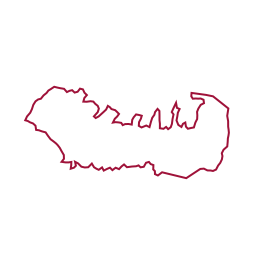 outline of Witmarsum, Santa Catarina, Brazil, rotated 198°
{"feature_id": "56859067B40802108519146", "entity_name": "Witmarsum", "entity_type": "district", "adm_level": 2, "iso_a3": "BRA", "parent_name": "Brazil", "parent_adm1": "Santa Catarina", "projection": "natural_earth1", "projection_center": [-49.836, -26.943], "detail": "fine", "context": "isolated", "style": "outline", "palette": "rose", "viewbox_px": 256, "rotation_deg": 198, "n_neighbors": 0, "source": "geoboundaries", "source_scale": "gbopen_adm2", "svg_char_len": 2419}
<svg xmlns="http://www.w3.org/2000/svg" viewBox="0 0 256 256"><g transform="rotate(198 128 128)"><path d="M228.1,103.6L225.5,103.7L222.8,103.1L219.8,103.0L216.7,101.6L214.8,97.8L212.1,98.3L208.7,98.2L205.0,98.4L201.8,95.9L198.2,93.4L194.6,92.2L191.7,91.1L189.6,90.0L186.7,88.0L184.1,85.5L180.7,82.5L179.4,78.9L180.7,75.3L176.7,76.0L173.9,76.9L171.4,78.2L170.5,75.0L169.9,71.6L167.1,73.6L165.9,76.0L167.9,79.5L164.5,78.9L160.4,76.8L156.9,77.1L153.7,78.4L151.4,83.0L148.2,80.2L145.4,79.5L142.9,79.2L140.5,82.5L137.9,80.0L135.3,82.6L132.9,84.7L129.8,83.1L127.5,86.4L123.8,86.1L122.3,89.4L120.5,92.1L116.9,90.4L112.3,92.6L108.5,94.1L106.4,95.7L103.9,94.5L101.0,96.0L100.1,100.5L97.6,102.2L95.3,100.7L92.4,100.6L91.2,96.4L89.1,95.3L88.1,92.5L84.9,92.1L81.9,96.4L57.1,98.3L46.6,111.4L43.3,112.8L39.4,112.2L36.3,113.1L33.9,113.4L31.4,115.7L30.7,120.1L29.5,123.3L29.0,127.2L29.5,130.5L31.0,133.0L30.4,136.9L27.9,141.1L28.9,145.6L29.8,149.0L30.1,151.8L30.6,154.7L31.9,157.7L33.1,160.1L34.9,165.5L37.4,170.2L38.6,177.6L56.9,184.4L64.0,183.6L78.4,181.0L77.6,177.7L75.4,175.9L72.7,177.0L70.3,177.6L68.0,178.5L64.9,178.2L63.4,175.1L66.0,172.5L67.1,168.2L67.3,164.7L66.0,161.5L65.0,157.9L65.6,154.0L65.5,148.9L68.4,147.3L70.8,145.8L73.3,147.2L75.2,150.9L77.0,149.0L77.5,145.5L81.1,146.5L84.2,150.2L84.7,154.4L85.3,157.9L84.8,162.0L87.7,162.3L90.1,166.8L90.9,160.6L91.3,156.7L88.9,155.0L88.4,150.2L87.5,145.5L87.6,141.9L89.5,139.3L92.1,140.8L94.0,138.2L97.6,137.6L99.0,142.0L100.4,145.0L102.1,150.2L103.4,153.9L105.8,155.3L107.2,151.5L107.0,148.7L108.1,145.2L108.1,141.1L107.8,135.5L111.4,136.0L115.3,132.7L118.4,133.4L119.3,137.0L118.6,140.9L118.7,143.9L121.4,143.8L124.5,143.4L125.9,140.0L126.5,137.1L125.5,132.4L128.7,132.0L132.0,130.8L133.9,129.1L136.0,130.8L138.7,130.4L141.7,129.7L144.0,128.5L143.4,132.7L141.9,135.5L140.9,138.6L143.4,139.9L145.7,141.0L149.6,140.9L151.7,142.2L154.0,142.8L154.5,138.8L156.3,135.5L157.8,132.9L159.5,129.9L161.8,127.5L164.0,128.5L161.7,133.7L161.7,137.4L163.6,139.7L166.7,140.9L169.1,142.4L171.9,141.9L175.4,140.2L178.6,139.3L178.8,143.0L177.3,146.6L180.3,148.1L182.8,150.8L185.8,150.6L187.1,146.9L189.7,145.2L192.8,146.7L195.1,145.3L197.2,143.3L200.9,145.5L204.9,144.9L207.9,144.6L210.9,144.4L213.5,141.1L215.3,139.0L216.3,136.1L218.4,132.9L219.9,128.9L222.3,127.4L224.2,124.8L225.2,120.8L225.2,116.3L225.7,112.3L227.6,107.8L228.1,103.6Z" fill="none" stroke="#9f1239" stroke-width="2"/></g></svg>